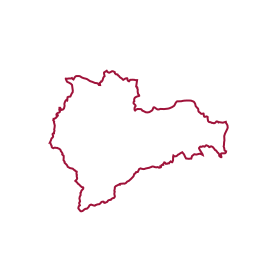 outline of Muong La, Son La, Vietnam, rotated 147°
{"feature_id": "81297802B85331365285334", "entity_name": "Muong La", "entity_type": "district", "adm_level": 2, "iso_a3": "VNM", "parent_name": "Vietnam", "parent_adm1": "Son La", "projection": "natural_earth1", "projection_center": [104.061, 21.526], "detail": "fine", "context": "isolated", "style": "outline", "palette": "rose", "viewbox_px": 256, "rotation_deg": 147, "n_neighbors": 0, "source": "geoboundaries", "source_scale": "gbopen_adm2", "svg_char_len": 5773}
<svg xmlns="http://www.w3.org/2000/svg" viewBox="0 0 256 256"><g transform="rotate(147 128 128)"><path d="M201.5,158.3L201.3,158.2L201.2,157.8L201.7,156.0L201.7,154.9L202.3,153.6L202.2,152.7L201.6,151.7L200.3,151.5L199.9,151.3L199.3,150.6L198.0,149.7L197.7,148.9L197.1,148.2L196.6,146.8L196.6,146.1L196.9,145.2L196.8,144.5L196.8,142.3L197.6,141.6L197.5,141.0L197.1,140.1L197.1,139.8L197.7,138.7L199.6,136.1L199.5,134.3L200.1,133.5L200.1,133.3L199.7,131.7L199.4,129.8L199.7,128.3L198.5,126.0L196.5,124.0L196.0,122.1L195.6,121.5L195.5,120.4L194.8,119.5L194.8,119.2L195.9,118.1L196.4,117.1L196.4,116.4L197.0,116.0L197.5,115.1L197.9,113.8L198.3,113.2L199.2,112.7L201.0,112.3L200.3,109.8L200.4,108.8L199.7,107.0L199.6,106.0L199.0,103.7L198.0,102.7L198.0,102.3L198.7,101.4L201.2,100.8L202.8,99.4L203.3,99.4L204.3,97.5L205.8,96.7L207.1,95.4L208.1,92.7L208.5,92.3L209.1,92.2L209.7,91.8L210.0,91.4L210.5,89.3L211.6,89.3L212.0,89.1L213.3,87.9L213.4,87.2L213.1,84.1L212.6,83.6L211.5,83.2L210.7,83.2L208.7,83.5L207.2,83.2L206.7,82.8L206.1,82.7L204.0,83.2L202.6,84.0L202.1,84.1L201.3,83.9L200.7,83.9L198.8,81.5L198.1,80.9L197.3,81.1L196.2,80.7L195.5,80.7L193.4,79.7L191.4,80.1L190.6,80.4L190.1,80.3L188.9,79.8L188.6,79.4L188.5,79.2L188.7,78.7L188.7,78.3L188.2,77.8L185.6,77.4L184.5,77.9L183.8,78.0L182.6,77.7L181.6,77.1L180.7,77.5L180.1,77.5L178.8,77.4L178.1,77.0L177.1,77.2L176.2,77.9L175.6,79.7L175.0,80.7L173.8,81.8L173.8,82.5L173.5,83.0L173.1,83.3L172.3,84.2L171.9,84.6L171.3,85.5L170.4,85.8L169.9,85.9L166.4,85.5L165.8,84.9L165.3,85.5L164.9,85.4L161.9,83.8L161.2,83.2L159.8,83.0L157.7,83.5L156.3,83.2L153.5,83.6L150.4,84.3L149.5,84.6L148.0,85.9L147.5,86.1L146.5,85.9L145.5,86.6L144.4,86.2L143.8,85.8L141.0,87.5L139.5,87.3L138.5,86.1L137.5,85.2L136.6,84.7L135.2,84.4L131.6,83.0L130.7,82.9L129.7,82.6L129.1,82.6L128.3,82.3L127.3,81.4L127.1,80.9L125.7,79.6L124.3,79.0L123.6,77.8L122.1,77.2L121.8,77.2L121.6,77.6L121.9,78.1L121.8,78.3L121.0,77.9L120.4,78.5L119.6,78.5L118.5,77.9L117.9,78.8L116.9,79.0L116.4,79.4L116.0,79.2L115.8,78.4L115.8,77.4L115.7,77.2L115.1,77.1L114.2,76.5L113.6,76.6L112.8,76.0L112.0,76.5L110.4,76.7L110.3,76.1L110.1,75.9L110.0,75.6L109.5,75.2L107.8,76.4L105.7,79.5L104.9,80.2L104.4,78.8L102.9,78.1L101.6,78.1L100.5,78.4L99.4,78.2L97.8,78.3L95.7,78.1L95.4,75.3L95.8,72.7L95.9,70.8L93.7,69.0L92.2,68.3L91.6,67.9L89.6,69.6L86.7,69.9L85.3,68.6L84.6,68.3L82.1,67.5L80.8,66.2L80.0,64.7L79.8,65.3L79.7,70.8L79.5,72.3L79.2,72.6L77.6,73.0L77.2,72.8L76.5,72.1L75.0,71.9L74.1,70.7L73.6,70.6L72.5,70.9L71.8,70.9L71.4,70.4L70.4,68.8L70.4,68.0L70.3,67.7L69.6,67.5L68.6,67.5L68.1,67.2L67.3,65.9L67.0,63.5L67.0,62.5L66.9,62.0L66.4,61.2L66.2,58.3L65.9,57.8L65.9,56.0L66.6,55.1L66.6,54.4L66.1,53.1L65.8,52.8L65.6,52.7L65.2,53.2L64.8,54.8L64.4,55.4L63.9,55.8L63.4,55.8L60.5,54.0L59.9,54.0L59.2,54.2L58.4,55.0L59.0,55.9L59.2,56.6L58.1,59.2L57.8,60.5L57.0,61.2L55.0,63.9L54.0,64.9L51.7,68.8L49.8,70.4L45.0,73.3L44.2,74.0L43.2,75.9L43.0,77.6L43.1,78.6L42.6,79.9L45.6,80.8L48.3,83.2L48.6,83.4L49.1,83.4L49.3,84.5L49.6,84.8L50.3,85.3L51.5,85.0L52.3,84.9L52.9,85.0L53.6,85.4L54.1,86.1L54.8,86.5L55.6,87.9L56.5,88.6L56.9,89.2L57.0,90.3L56.1,92.5L55.2,93.8L55.4,94.4L55.9,95.0L57.0,95.3L57.7,95.7L57.8,95.9L57.9,96.1L57.6,97.2L56.8,98.8L56.8,99.0L58.6,99.8L59.1,100.5L59.2,101.5L59.8,103.0L59.7,104.0L58.9,105.4L58.7,106.3L59.0,107.2L59.3,109.5L58.5,111.7L58.4,113.3L58.5,114.1L58.8,114.7L60.3,116.7L62.6,118.3L65.2,119.9L67.0,120.8L68.9,121.5L72.3,123.6L73.2,123.5L74.5,123.0L76.7,121.7L77.4,121.5L79.7,121.5L82.6,122.0L84.0,122.5L87.4,124.2L90.5,126.4L91.8,126.7L92.8,127.2L93.5,128.1L94.5,130.7L94.9,131.2L95.5,131.3L97.7,129.8L98.6,129.6L101.4,129.7L103.1,130.4L104.5,131.5L106.0,134.1L106.5,134.6L106.6,136.1L106.9,136.8L109.7,138.8L111.3,139.0L112.5,138.8L112.6,139.7L112.0,140.7L111.2,141.6L109.6,142.3L109.4,143.3L109.9,145.5L109.8,145.9L109.0,146.8L108.1,147.0L107.7,148.0L107.0,148.9L105.9,149.6L104.9,149.7L102.8,149.4L101.6,148.9L101.1,148.9L100.9,149.2L100.8,149.9L101.0,151.3L100.7,151.7L100.2,153.1L98.8,155.1L98.7,155.3L98.8,156.1L98.1,156.9L98.1,157.3L98.6,158.1L98.6,158.3L94.3,163.2L95.7,164.1L96.5,165.0L97.6,165.8L99.7,167.1L100.6,167.1L101.2,166.7L101.7,166.6L102.1,167.1L102.3,168.1L102.0,169.1L101.6,169.9L101.7,170.3L103.2,170.9L105.8,171.0L106.3,173.1L107.2,175.1L107.2,176.3L107.7,177.5L107.6,178.5L108.0,179.0L108.7,179.4L109.2,180.9L108.7,182.1L109.6,183.6L110.4,184.3L112.3,184.4L113.6,184.6L114.0,185.0L114.7,186.2L114.7,187.6L117.8,187.6L118.5,186.6L119.4,184.2L120.3,184.1L121.2,183.7L123.5,181.8L124.9,181.3L125.2,181.6L125.4,181.4L127.2,181.2L128.0,179.2L129.0,179.9L129.0,180.4L128.9,181.1L129.5,182.4L131.2,183.8L132.9,186.3L133.6,187.1L134.4,188.2L135.6,191.1L136.4,192.2L138.1,194.0L139.3,195.7L139.9,197.2L140.5,198.0L142.9,199.6L143.6,199.8L144.9,199.6L147.3,198.4L147.7,199.2L147.8,200.5L148.9,200.6L150.7,201.8L151.5,202.1L153.3,203.3L153.4,203.2L153.6,202.4L153.9,200.2L153.8,199.7L152.9,198.3L151.8,196.2L151.5,194.6L154.0,189.3L155.1,188.0L156.2,187.7L159.2,185.8L161.2,186.7L162.0,186.7L163.9,184.2L164.1,184.1L164.5,185.1L165.7,184.8L167.1,183.9L168.3,182.8L169.1,181.1L170.9,179.4L172.2,178.9L172.4,179.0L173.9,179.3L174.0,179.4L173.9,181.9L174.4,182.2L174.5,181.9L175.0,181.6L175.3,181.0L175.6,180.9L175.8,180.5L175.7,179.9L175.9,179.2L176.5,178.6L177.1,178.5L178.3,178.8L179.9,178.8L180.3,178.6L180.9,178.0L180.9,177.7L179.9,177.4L179.9,176.8L180.3,176.5L181.3,176.4L181.9,176.0L182.4,176.1L183.1,175.7L184.1,175.9L184.7,175.8L185.4,176.2L185.7,175.7L186.1,175.6L186.5,175.2L186.4,173.7L186.9,173.3L188.1,169.9L189.5,168.2L190.7,167.0L191.1,165.8L192.6,164.5L193.0,163.8L193.8,164.2L194.4,164.1L194.8,163.6L195.1,162.3L195.5,161.6L196.3,161.1L197.8,160.9L199.4,159.6L201.5,158.3Z" fill="none" stroke="#9f1239" stroke-width="2"/></g></svg>